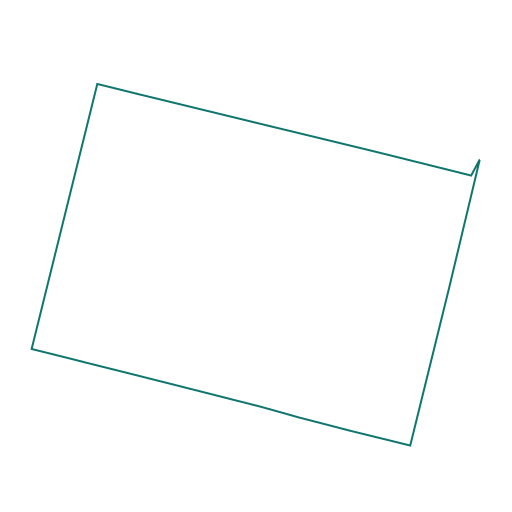 Mercer, Ohio, United States of America (Albers equal-area conic projection), rotated 284°
{"feature_id": "52423323B6373952643979", "entity_name": "Mercer", "entity_type": "district", "adm_level": 2, "iso_a3": "USA", "parent_name": "United States of America", "parent_adm1": "Ohio", "projection": "albers", "projection_center": [-84.687, 40.541], "detail": "fine", "context": "isolated", "style": "outline", "palette": "teal", "viewbox_px": 512, "rotation_deg": 284, "n_neighbors": 0, "source": "geoboundaries", "source_scale": "gbopen_adm2", "svg_char_len": 461}
<svg xmlns="http://www.w3.org/2000/svg" viewBox="0 0 512 512"><g transform="rotate(284 256 256)"><path d="M111.2,223.1L111.0,269.1L110.9,296.4L109.8,334.3L109.7,337.3L109.2,390.4L109.4,451.5L271.7,451.1L402.6,449.8L402.8,449.5L386.1,445.3L386.1,348.8L385.4,242.7L385.3,227.4L384.6,105.6L384.5,60.4L111.5,60.8L111.5,70.7L111.5,87.5L111.5,99.0L111.5,101.2L111.4,116.3L111.4,131.4L111.4,147.5L111.2,223.1Z" fill="none" stroke="#0f766e" stroke-width="2"/></g></svg>